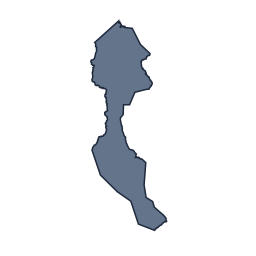 the district of Copan Ruinas, Copán, Honduras, rotated 345°
{"feature_id": "27666195B42868938000768", "entity_name": "Copan Ruinas", "entity_type": "district", "adm_level": 2, "iso_a3": "HND", "parent_name": "Honduras", "parent_adm1": "Copán", "projection": "equal_earth", "projection_center": [-89.106, 14.903], "detail": "fine", "context": "isolated", "style": "filled", "palette": "slate", "viewbox_px": 256, "rotation_deg": 345, "n_neighbors": 0, "source": "geoboundaries", "source_scale": "gbopen_adm2", "svg_char_len": 5527}
<svg xmlns="http://www.w3.org/2000/svg" viewBox="0 0 256 256"><g transform="rotate(345 128 128)"><path d="M136.2,166.1L133.3,161.4L133.0,161.5L132.3,161.4L132.1,161.0L131.6,160.6L131.4,160.0L131.2,160.1L130.6,159.0L130.4,158.9L130.1,159.1L129.8,159.3L129.5,159.2L129.4,159.0L129.2,158.9L128.9,158.6L128.9,158.2L128.2,158.4L127.6,158.4L127.8,157.9L128.2,157.5L128.4,157.2L128.7,156.1L129.3,155.1L128.7,154.4L128.3,153.6L127.7,151.6L127.5,151.2L127.3,151.0L126.8,150.9L126.6,150.7L126.1,150.0L125.2,149.7L124.4,149.3L124.0,149.0L123.8,148.6L123.6,148.0L123.1,146.0L123.1,145.5L122.7,144.1L122.8,143.5L122.7,142.8L122.4,141.9L122.4,141.3L122.6,140.5L122.7,139.6L122.5,138.5L122.6,138.1L122.7,137.6L123.3,136.5L123.2,136.1L122.7,135.2L122.4,134.7L122.2,133.5L122.1,132.7L122.2,132.0L122.1,131.0L122.0,130.2L121.8,129.4L121.7,128.8L122.2,128.0L122.3,127.4L122.3,126.5L122.4,125.8L122.6,125.5L122.8,125.0L122.5,124.0L122.4,123.4L122.5,121.5L122.8,117.8L123.0,117.0L123.4,116.3L124.7,115.2L125.9,114.5L126.8,113.8L129.7,104.4L135.5,106.0L143.9,95.3L155.4,95.4L158.4,95.9L158.7,95.3L159.2,95.0L159.7,94.4L160.3,94.1L160.6,93.5L161.0,93.5L161.2,93.1L161.3,93.1L161.5,93.2L161.8,92.7L162.6,91.9L162.8,91.6L162.9,91.4L163.0,90.0L162.6,89.0L162.3,88.3L162.3,88.0L162.3,87.8L162.2,87.7L161.9,87.7L161.7,86.9L161.5,85.9L161.5,85.2L161.6,84.8L161.6,84.6L161.3,84.5L161.2,84.4L161.2,84.2L161.2,83.8L161.1,83.6L160.9,83.6L160.7,83.7L160.3,82.8L160.0,82.2L159.8,80.7L159.7,80.7L159.6,80.9L159.6,81.2L159.4,81.3L159.1,81.0L158.9,80.5L158.9,80.0L159.1,79.7L159.3,79.7L159.5,80.1L159.7,79.9L159.7,79.3L159.5,78.5L159.6,77.8L159.5,77.3L159.3,77.1L158.9,77.0L158.5,76.7L158.3,75.4L157.9,75.3L157.4,75.0L157.5,74.8L157.7,74.7L157.8,74.0L156.9,73.1L157.1,71.7L157.3,71.4L157.1,71.0L157.3,70.5L157.4,70.2L157.4,69.2L157.5,68.6L157.8,68.3L157.8,68.1L157.8,67.9L157.6,67.7L157.6,67.4L157.8,67.2L157.8,67.3L158.0,67.4L159.4,65.8L159.9,66.0L160.6,66.2L160.7,65.9L160.8,65.8L161.3,65.9L161.7,65.9L162.5,65.7L162.9,65.7L163.5,65.9L163.6,65.5L163.5,65.2L163.9,64.8L164.3,64.7L164.5,63.9L165.0,63.8L165.6,63.4L166.2,63.4L166.7,63.2L167.3,63.4L167.6,63.4L167.7,63.0L167.8,62.8L168.1,62.4L168.5,62.2L168.5,61.8L161.6,50.5L157.9,32.8L151.1,30.2L151.3,29.3L151.3,29.1L151.2,28.9L150.8,28.9L150.8,29.0L150.8,29.4L150.6,29.5L150.3,29.1L149.9,29.2L149.5,29.0L149.4,28.6L149.6,28.4L149.5,28.1L149.3,28.0L149.1,28.0L149.0,28.3L148.8,28.4L148.5,28.2L148.4,28.2L148.1,28.6L147.9,28.6L147.8,28.4L147.7,28.4L147.1,28.8L146.7,28.9L146.5,28.7L146.5,28.4L146.7,28.0L146.9,27.9L147.1,28.0L147.3,27.8L147.4,27.4L148.2,26.6L148.3,26.4L148.0,25.6L147.7,24.8L147.5,23.5L147.1,23.8L146.7,24.4L146.4,24.3L146.3,23.9L146.3,23.1L146.4,22.7L146.6,22.2L117.9,36.8L118.3,37.5L118.5,38.2L118.5,38.4L118.5,38.8L118.1,40.0L117.8,40.5L117.8,41.1L117.9,41.3L118.2,41.4L118.4,41.6L118.6,42.0L118.5,42.4L118.0,43.2L118.0,43.5L117.5,45.7L117.1,46.2L116.1,47.3L115.6,48.7L115.4,48.8L115.2,49.1L115.0,49.8L114.4,50.6L114.0,51.5L113.5,52.3L113.3,52.4L112.0,52.9L111.6,53.1L110.1,52.9L109.4,54.0L109.2,54.5L109.2,54.8L109.4,55.0L109.7,55.4L109.3,57.0L109.6,57.3L110.0,57.7L110.0,57.9L110.0,58.1L110.3,58.3L111.2,58.5L111.5,58.7L111.5,59.1L110.8,60.3L110.3,60.2L110.0,60.3L109.8,60.5L109.7,60.9L109.6,62.0L109.1,62.7L109.0,63.6L108.8,63.7L108.7,63.9L108.5,64.6L108.4,64.8L108.1,64.8L107.9,65.0L107.8,65.8L107.7,66.4L107.5,67.5L107.6,68.2L107.5,68.7L107.1,69.5L107.1,69.9L106.9,70.2L106.2,71.3L106.0,71.6L105.7,71.8L105.7,72.1L105.7,72.6L105.6,72.8L105.5,73.5L106.0,74.3L107.5,74.9L107.4,75.7L107.7,76.2L107.7,76.9L107.5,77.5L107.5,77.9L107.9,78.3L108.2,78.4L108.3,78.7L108.8,78.7L109.0,79.0L109.3,78.9L109.6,79.0L110.0,78.9L110.5,79.3L110.6,79.6L111.0,79.8L111.0,80.4L110.9,80.8L110.9,81.0L111.5,81.4L111.7,81.9L112.2,82.1L112.7,81.8L113.3,82.9L113.6,82.5L113.9,82.7L114.6,82.7L114.8,83.6L116.4,84.1L116.6,84.7L116.8,85.5L117.1,86.0L116.7,86.5L116.5,87.2L116.2,87.4L115.7,88.4L115.6,89.6L114.6,89.5L113.9,91.2L114.0,92.5L114.4,92.8L114.8,92.8L114.5,93.7L114.3,95.2L114.4,96.2L113.7,96.8L113.8,97.2L113.6,97.6L113.6,98.4L114.1,99.2L113.4,100.3L113.5,102.1L113.3,102.7L113.0,103.2L112.8,104.6L112.8,105.8L111.7,106.3L111.1,106.2L110.6,106.8L110.2,106.7L110.0,107.0L109.6,107.0L109.4,107.4L109.1,109.2L109.5,110.1L109.8,110.5L110.4,111.0L110.7,111.5L110.4,111.9L110.5,112.3L110.7,113.0L110.4,113.7L110.2,114.8L110.0,115.1L109.0,115.6L108.6,116.9L108.2,117.1L107.6,117.3L107.3,117.6L107.3,118.1L107.5,118.5L107.3,119.7L107.9,120.6L106.7,121.2L106.7,122.6L107.0,123.3L106.8,124.0L106.4,124.6L105.7,126.4L105.2,126.6L104.5,127.8L103.5,128.4L102.7,128.4L102.1,129.3L100.7,129.3L100.0,129.0L99.8,129.3L99.1,129.1L98.6,129.3L98.0,128.9L97.7,129.0L96.9,129.8L96.4,131.3L95.8,131.5L95.0,133.1L94.6,133.6L94.4,134.1L93.9,134.3L92.7,135.6L91.4,136.0L90.9,135.8L90.6,136.3L89.0,137.6L88.4,138.5L88.1,139.4L87.5,139.9L89.2,166.4L101.3,187.0L111.8,199.4L113.2,223.5L127.3,233.8L127.8,233.3L128.1,232.7L128.7,232.5L129.1,232.3L129.4,232.4L129.6,232.2L129.9,232.2L130.0,231.9L130.4,231.9L130.9,231.7L131.4,231.7L131.7,231.3L132.3,231.2L133.5,230.4L133.8,230.5L134.2,230.3L134.5,230.4L135.0,230.2L135.4,230.1L135.6,229.7L136.5,229.4L136.6,229.2L136.8,229.1L137.6,228.7L138.2,228.4L138.8,228.0L139.1,228.0L139.3,228.2L140.0,228.2L140.2,228.4L140.6,228.2L141.0,228.3L141.2,228.1L141.2,227.9L141.1,227.5L140.9,227.3L140.9,227.0L141.0,226.3L141.3,225.6L141.3,225.2L141.2,224.6L140.8,223.6L139.6,221.2L132.9,211.3L132.8,205.4L127.5,199.8L128.8,187.2L136.2,166.1Z" fill="#64748b" stroke="#1e293b" stroke-width="1.5"/></g></svg>